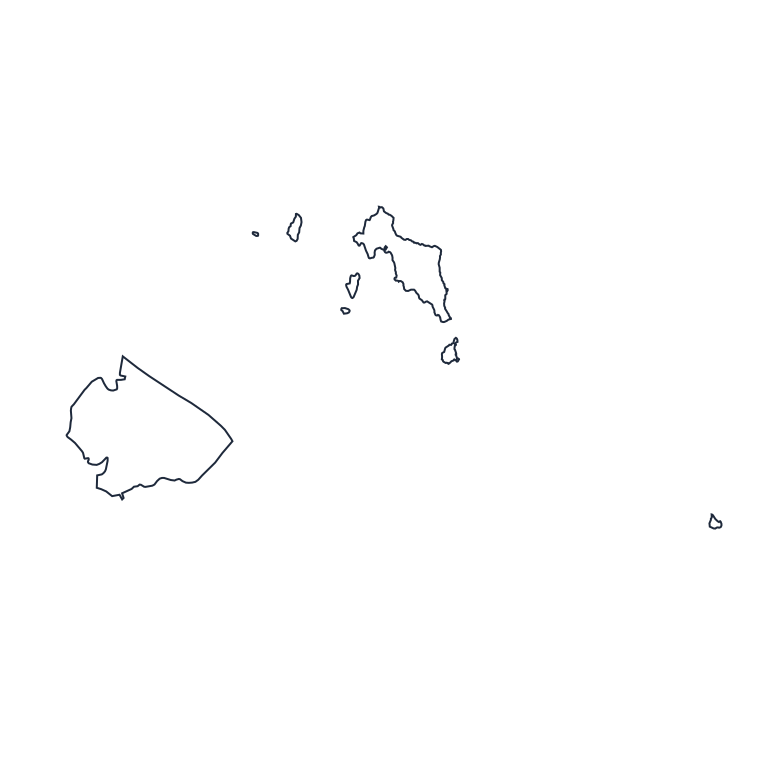 Hoi An, Quàng Nam, Vietnam, rotated 354°
{"feature_id": "81297802B62948768430814", "entity_name": "Hoi An", "entity_type": "district", "adm_level": 2, "iso_a3": "VNM", "parent_name": "Vietnam", "parent_adm1": "Quàng Nam", "projection": "equal_earth", "projection_center": [108.484, 15.896], "detail": "fine", "context": "isolated", "style": "outline", "palette": "slate", "viewbox_px": 768, "rotation_deg": 354, "n_neighbors": 0, "source": "geoboundaries", "source_scale": "gbopen_adm2", "svg_char_len": 6133}
<svg xmlns="http://www.w3.org/2000/svg" viewBox="0 0 768 768"><g transform="rotate(354 384 384)"><path d="M89.2,444.9L87.5,457.2L91.7,459.0L96.5,461.8L101.9,467.1L109.4,466.5L111.5,471.4L113.1,470.1L112.1,465.3L122.0,462.0L124.6,460.0L128.3,459.9L130.4,458.5L131.7,458.8L134.7,461.1L136.0,461.4L143.0,460.9L145.2,460.0L148.2,456.8L151.0,454.7L153.4,454.2L155.4,454.4L161.9,457.2L165.7,458.1L167.6,457.4L170.1,457.0L171.2,457.4L173.4,459.5L176.7,461.4L179.6,461.9L182.9,462.0L186.2,461.6L189.3,459.8L193.5,456.0L207.9,444.5L216.1,435.7L227.3,425.1L226.3,422.7L221.0,413.0L217.5,408.6L206.2,396.4L190.4,382.8L178.6,374.0L151.3,351.6L140.6,342.2L127.1,329.2L122.5,345.4L122.3,347.3L122.9,348.0L127.5,349.5L126.6,352.2L122.7,352.4L118.9,352.0L118.4,352.3L118.1,353.2L118.4,358.0L118.3,359.4L118.1,360.7L117.6,361.4L114.0,362.2L111.8,361.8L109.6,360.8L108.5,359.7L107.0,357.1L105.6,354.0L104.1,349.6L103.3,348.5L102.6,348.2L100.3,348.1L93.6,351.2L87.6,356.9L85.6,358.5L73.4,371.8L70.9,373.9L70.3,375.5L69.8,377.7L69.6,385.3L68.4,389.2L67.4,394.2L66.2,398.1L63.1,401.5L63.0,402.1L63.8,403.7L67.0,406.6L70.5,410.3L76.7,419.4L77.5,421.1L78.2,426.5L78.6,427.0L82.0,426.8L82.4,427.1L82.5,427.8L82.3,428.7L81.6,429.7L81.4,430.6L82.0,431.9L85.5,433.6L89.8,434.4L92.5,433.7L95.4,432.3L100.2,428.2L100.9,428.2L101.4,428.7L101.1,431.5L98.5,439.7L97.4,441.7L95.7,443.3L93.9,444.4L89.2,444.9ZM398.7,208.1L398.2,207.4L397.5,207.2L397.6,208.0L395.4,213.1L394.3,214.1L391.8,215.3L389.3,215.7L388.3,216.7L387.2,219.0L386.8,219.5L384.2,218.7L383.3,219.1L382.5,220.6L381.4,224.9L380.7,226.2L379.5,229.5L379.2,232.2L376.3,231.7L375.5,230.8L373.4,231.4L372.0,233.1L368.8,234.7L369.2,236.2L369.2,238.6L371.6,240.1L372.6,241.9L373.2,243.5L373.6,243.8L374.2,243.8L375.9,241.6L376.5,241.5L377.9,242.2L378.6,243.1L380.0,249.4L381.3,253.0L381.9,256.2L382.2,257.1L383.1,257.6L385.2,257.2L386.6,257.2L387.1,256.9L388.3,254.6L388.4,252.3L389.0,250.2L390.7,248.7L394.1,248.0L394.5,248.1L395.5,249.3L397.9,250.6L398.4,250.2L399.0,248.2L400.1,247.1L401.2,248.4L400.6,249.2L400.4,248.8L400.0,249.0L399.4,250.7L398.4,251.0L398.3,251.9L398.9,253.1L399.8,253.7L401.7,253.5L402.5,252.9L403.9,253.6L404.4,254.3L405.5,256.9L405.7,259.3L405.4,261.7L406.6,263.9L406.9,264.9L407.4,269.9L407.0,271.2L407.0,272.3L407.5,274.0L407.3,275.3L407.9,277.5L407.3,279.4L406.0,279.5L405.5,280.0L405.4,280.8L405.5,281.2L406.7,282.5L407.4,282.4L409.3,283.1L409.4,283.7L410.4,283.2L411.5,283.4L413.2,284.8L413.8,286.6L413.6,288.1L413.9,289.3L414.0,291.7L415.5,293.6L417.7,294.0L420.7,293.0L423.7,293.3L424.7,294.4L425.7,296.7L427.4,298.7L427.8,300.0L427.9,301.8L428.2,302.7L430.4,304.6L431.8,307.0L432.2,307.2L432.9,307.2L434.3,306.5L435.5,306.3L440.1,310.0L440.4,310.7L440.4,312.1L441.7,315.6L441.8,316.9L441.6,317.8L442.3,320.4L442.7,321.0L443.6,321.4L444.1,321.4L444.8,320.9L445.8,321.4L446.8,323.6L447.0,326.2L447.4,327.8L449.3,328.6L450.5,328.6L453.0,327.8L454.8,326.7L457.4,326.3L457.4,325.6L456.5,325.3L456.5,324.4L455.6,322.5L455.5,321.2L454.9,320.4L453.6,317.5L452.8,316.0L452.6,315.4L452.8,314.6L452.1,312.6L452.2,310.0L452.8,308.3L452.6,307.0L452.9,306.4L453.6,306.4L453.9,305.4L454.2,302.1L455.7,300.9L455.9,298.6L456.5,298.4L457.2,297.3L457.1,296.2L456.6,296.1L455.8,296.8L455.8,295.6L455.0,295.2L454.3,292.0L454.6,291.1L453.7,290.1L453.6,288.7L452.4,286.8L452.5,284.6L451.2,281.6L451.6,278.9L451.1,278.2L451.5,274.2L450.9,270.5L451.2,269.0L452.5,265.9L453.0,263.9L453.0,262.7L454.1,261.1L454.2,259.5L454.7,257.9L454.6,256.5L451.3,253.3L449.0,251.9L447.8,252.1L446.0,253.0L443.5,251.7L442.9,251.1L439.5,251.0L439.2,250.5L438.3,250.3L437.5,249.3L436.3,248.7L434.9,249.4L433.9,248.9L432.4,247.4L431.0,247.5L430.5,247.0L428.6,246.6L428.4,245.8L428.0,245.5L427.1,245.3L425.8,243.9L424.1,243.3L423.1,242.3L421.7,242.2L420.5,242.9L419.0,242.6L416.7,240.5L415.9,239.3L412.5,237.9L411.7,236.9L411.1,235.1L410.7,233.3L409.6,232.0L409.5,230.7L408.6,227.3L408.8,226.4L409.9,224.9L409.9,223.5L410.3,222.7L410.9,219.8L409.0,217.5L407.3,216.2L406.3,216.0L405.6,215.0L404.0,214.2L402.0,212.3L401.7,209.4L400.7,208.2L400.3,207.9L398.7,208.1ZM461.5,349.8L461.6,348.0L461.3,346.8L460.9,346.1L460.3,345.6L458.8,346.6L457.8,348.9L457.4,350.5L457.2,350.7L455.8,350.9L454.9,352.1L453.1,351.8L452.5,352.5L449.1,354.2L448.6,354.8L447.2,358.4L445.2,359.2L444.7,360.2L444.6,363.3L444.1,365.6L444.8,366.0L445.2,367.7L445.7,368.2L447.5,369.5L448.6,369.4L450.3,370.7L450.5,370.6L450.5,370.1L451.0,370.3L451.8,369.8L453.5,368.4L455.8,367.8L456.2,367.0L456.5,366.9L457.6,367.7L458.1,367.7L458.4,368.8L458.9,369.4L459.6,369.3L460.2,368.7L460.5,368.0L461.2,367.4L461.2,367.1L460.3,366.3L459.2,366.6L459.2,365.0L458.9,364.3L458.8,363.2L458.3,362.5L458.4,362.0L458.9,362.0L459.0,361.2L458.2,357.4L457.8,357.0L457.8,355.8L458.4,353.5L459.5,352.8L459.6,352.4L458.8,352.0L458.9,351.4L460.3,350.1L461.5,349.8ZM310.7,232.9L312.0,232.5L313.3,230.7L313.9,226.6L315.5,224.3L316.3,220.1L317.9,217.7L318.9,214.4L318.8,210.1L316.9,207.1L314.9,205.6L314.2,205.7L313.8,208.4L312.2,210.2L310.6,213.8L308.3,214.7L308.0,215.2L307.6,217.3L306.3,218.0L305.9,218.5L305.4,219.6L304.9,222.1L303.6,223.7L303.7,224.6L306.0,226.7L306.7,229.6L310.7,232.9ZM370.8,273.5L370.0,271.8L369.1,271.2L368.4,271.3L367.1,272.9L366.4,273.4L365.3,273.5L363.1,272.6L362.6,272.8L362.2,273.3L361.4,275.3L360.9,278.9L360.4,280.4L357.2,280.7L356.8,281.1L356.7,282.0L356.9,283.4L358.1,286.4L360.3,294.0L360.9,294.9L361.7,295.2L362.9,294.3L366.7,287.4L367.4,284.6L368.6,282.3L368.9,278.6L370.8,276.1L370.8,273.5ZM701.5,555.4L699.4,552.9L697.5,549.1L696.9,548.3L696.2,548.0L696.0,551.0L695.0,552.2L694.9,553.3L693.1,556.6L693.1,559.9L696.7,562.1L698.3,562.4L699.9,561.6L701.1,561.5L702.0,561.9L702.8,561.9L704.0,561.4L704.8,560.1L705.0,558.4L704.4,556.1L704.0,555.6L703.5,555.7L702.7,556.3L701.5,555.4ZM351.5,309.9L354.8,309.8L356.5,309.2L357.3,308.2L357.5,307.3L357.3,306.9L356.4,305.9L353.1,304.4L349.9,304.2L349.3,305.1L349.3,306.1L350.4,307.1L351.5,309.9ZM274.0,223.5L274.4,222.9L274.5,221.2L273.9,220.5L270.4,219.3L269.5,219.4L269.3,219.8L269.2,220.4L269.4,221.1L269.9,221.5L272.4,223.4L274.0,223.5Z" fill="none" stroke="#1e293b" stroke-width="2"/></g></svg>